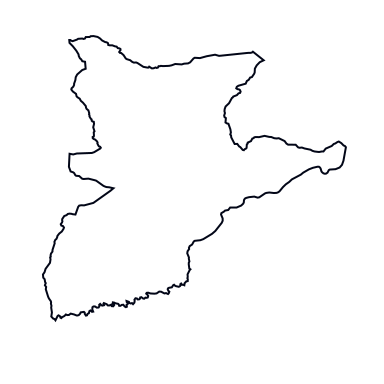 Nova Lacerda, Mato Grosso, Brazil, rotated 279°
{"feature_id": "56859067B39265464568289", "entity_name": "Nova Lacerda", "entity_type": "district", "adm_level": 2, "iso_a3": "BRA", "parent_name": "Brazil", "parent_adm1": "Mato Grosso", "projection": "natural_earth1", "projection_center": [-59.772, -14.4], "detail": "fine", "context": "isolated", "style": "outline", "palette": "ink", "viewbox_px": 384, "rotation_deg": 279, "n_neighbors": 0, "source": "geoboundaries", "source_scale": "gbopen_adm2", "svg_char_len": 5843}
<svg xmlns="http://www.w3.org/2000/svg" viewBox="0 0 384 384"><g transform="rotate(279 192 192)"><path d="M322.9,47.0L320.1,47.7L317.3,51.5L313.5,55.6L310.2,58.4L308.6,58.9L306.5,60.4L305.7,61.8L304.0,63.2L303.9,66.0L297.1,67.7L295.3,64.5L290.1,60.2L287.2,59.2L284.3,59.3L280.5,58.6L279.3,58.8L277.5,58.3L275.5,56.8L274.3,56.8L272.6,58.6L270.8,62.1L268.5,63.0L267.7,64.0L266.6,66.5L264.7,67.9L263.2,70.3L260.2,73.7L258.8,74.1L257.6,74.9L256.4,76.9L253.7,78.2L252.7,78.1L251.7,78.8L250.6,78.9L248.5,80.6L248.0,81.5L246.7,81.8L246.1,82.6L246.0,84.0L244.0,84.6L240.5,84.3L236.7,86.2L235.6,85.6L232.6,86.3L231.4,86.3L230.8,85.3L229.7,85.5L229.0,86.5L228.6,88.2L227.1,90.3L226.1,91.0L225.2,90.9L223.3,92.2L222.5,93.0L222.3,94.2L221.4,95.0L220.6,94.6L216.0,89.1L214.9,87.0L212.0,72.2L210.5,68.8L210.6,65.1L197.6,66.5L193.3,68.9L192.8,71.7L192.2,72.7L190.4,74.1L189.9,75.0L190.1,78.1L187.9,81.5L187.9,83.0L189.0,87.6L188.4,94.3L188.2,95.6L184.2,103.6L183.7,105.5L183.5,106.7L183.7,109.5L183.4,113.8L180.5,111.3L165.8,96.3L161.9,87.5L161.6,84.7L160.9,82.7L159.5,81.9L151.5,80.4L151.4,77.6L151.6,76.4L151.5,74.5L150.9,72.8L149.5,71.7L148.3,69.6L145.1,68.1L143.9,68.1L142.8,68.6L141.6,68.4L139.7,67.4L138.4,68.2L138.2,69.8L136.9,71.1L135.6,70.9L132.6,69.6L130.2,67.4L128.4,66.4L127.4,65.9L126.1,65.9L124.4,65.4L123.4,64.5L121.2,63.9L119.9,64.4L113.0,63.3L111.3,63.5L109.2,62.4L107.5,62.2L106.0,62.6L105.3,62.1L103.3,62.8L99.8,62.8L93.2,59.4L89.7,58.9L87.2,57.7L84.1,58.5L82.8,60.1L80.1,61.0L79.1,61.8L76.9,61.3L75.4,62.8L73.1,62.8L66.2,66.2L64.5,67.3L62.0,69.7L60.9,70.1L59.7,70.1L57.6,71.0L55.8,71.0L51.1,72.5L47.0,72.5L45.2,74.8L45.0,76.1L43.9,77.2L48.6,78.7L49.3,79.5L48.4,81.5L47.4,81.6L47.0,82.6L48.1,83.4L49.6,85.4L51.3,86.6L50.9,87.9L51.3,89.7L52.9,91.2L52.6,94.7L52.0,97.3L52.2,98.4L52.7,99.4L54.2,100.5L55.7,100.9L56.7,104.0L56.1,104.9L54.9,105.1L53.3,106.6L53.8,107.6L55.3,107.9L56.1,109.1L58.3,109.3L59.1,110.2L58.0,112.0L58.4,113.1L60.4,111.9L62.6,111.7L63.5,112.5L63.8,114.0L62.9,116.1L63.3,117.8L64.6,118.4L66.1,118.0L67.1,118.8L65.9,120.3L65.8,121.4L66.4,122.8L67.7,122.0L68.5,122.3L67.8,125.4L66.8,126.5L67.0,128.1L68.4,130.3L66.7,130.6L66.8,132.1L68.1,132.8L69.2,132.3L69.1,131.2L70.6,131.1L70.6,132.4L70.1,133.9L70.0,136.5L69.4,137.3L68.2,137.9L68.4,139.1L69.5,140.3L69.9,141.8L68.4,143.4L67.9,144.7L68.5,145.6L70.2,145.0L71.1,145.9L71.9,146.2L73.2,144.7L74.1,144.4L73.6,146.9L72.6,147.4L72.3,148.9L72.9,150.1L72.0,151.3L73.7,152.4L75.6,152.4L76.6,152.0L78.2,152.8L78.2,154.3L77.4,155.1L77.7,156.6L78.5,157.3L79.7,157.3L80.2,158.4L79.1,160.5L79.2,161.6L80.4,162.5L80.4,163.8L80.9,164.8L82.5,165.0L83.6,164.0L84.4,162.7L85.3,163.0L85.7,164.4L85.3,166.8L85.7,170.8L86.3,172.9L88.5,175.2L88.7,177.1L87.5,180.6L88.1,182.2L87.5,184.3L88.4,184.9L90.0,185.2L90.7,184.1L92.2,183.2L93.1,183.4L93.8,184.3L94.7,187.0L97.0,188.0L97.6,188.8L96.9,189.7L96.5,190.8L96.3,193.8L97.2,194.9L98.0,195.2L99.1,194.9L99.9,195.6L98.8,196.7L99.0,197.8L98.7,199.0L100.8,199.0L102.9,200.4L103.3,201.7L105.3,201.5L106.2,200.9L107.3,201.1L110.0,200.5L114.5,201.9L115.4,202.5L116.0,201.3L120.1,200.1L121.7,199.9L123.0,200.3L125.6,199.3L126.9,199.2L130.7,196.9L132.8,196.9L135.2,198.1L136.4,197.7L138.2,198.2L140.1,200.3L143.4,201.5L144.2,202.3L145.7,207.8L147.2,210.5L153.8,218.3L157.1,221.1L166.2,226.2L168.4,226.8L170.7,226.4L174.3,224.2L175.7,224.3L177.6,226.6L178.8,227.5L179.9,230.6L182.6,232.1L183.6,238.4L186.3,242.7L188.5,244.4L189.8,244.8L192.1,244.6L193.2,245.0L194.1,245.6L194.7,246.6L195.8,249.1L197.2,254.2L196.7,257.7L197.3,259.3L202.1,264.4L202.7,265.5L203.6,268.4L203.8,273.0L204.4,275.8L205.3,277.3L206.5,278.4L211.1,281.1L214.3,283.5L217.1,286.4L220.1,288.7L226.2,296.8L228.5,298.8L232.7,304.0L234.8,307.6L236.6,312.0L236.8,313.4L236.3,314.4L235.4,315.3L232.5,316.7L231.8,317.5L231.0,318.9L230.8,320.3L231.1,321.5L232.3,322.8L235.0,323.7L235.7,324.5L237.0,330.2L239.3,334.0L242.3,335.9L246.6,336.7L260.3,337.0L261.3,335.9L261.7,334.4L263.6,331.9L264.8,329.1L264.1,327.8L262.4,326.0L261.6,324.5L259.3,322.8L255.8,317.3L252.6,315.5L252.4,314.1L251.4,311.3L251.3,309.8L251.2,306.7L251.5,304.5L252.3,302.5L252.6,296.3L253.1,293.6L252.5,291.2L252.7,289.8L254.9,287.0L253.8,279.5L254.6,277.7L256.8,275.5L258.7,269.3L258.1,267.1L258.0,264.8L258.7,261.7L258.5,259.6L258.8,254.9L256.7,249.7L256.2,246.0L255.7,244.9L254.8,244.4L254.2,243.2L251.5,242.3L249.5,239.3L248.5,239.4L247.6,238.7L244.1,239.0L243.2,238.4L242.5,237.3L241.4,236.7L241.5,235.5L243.9,232.7L244.4,231.4L246.6,229.2L246.1,226.6L252.1,222.2L254.0,221.7L254.7,220.8L256.9,221.1L259.9,220.1L264.2,217.8L265.1,217.3L265.2,215.8L265.9,214.2L270.3,213.9L271.1,212.4L272.6,211.8L275.1,212.2L276.9,211.4L279.0,211.3L281.7,211.8L285.5,214.7L291.1,216.7L291.8,217.5L292.7,217.8L294.7,221.2L296.7,222.5L297.4,224.0L298.8,224.3L300.3,223.3L300.7,222.3L300.7,220.8L301.3,219.5L302.9,219.8L304.2,221.2L307.4,228.1L310.2,228.8L311.7,230.5L314.1,231.5L314.9,233.2L318.5,234.9L319.9,235.2L323.7,234.8L327.2,236.1L330.8,238.6L333.3,242.2L340.1,230.2L339.2,229.5L338.6,228.1L338.1,225.3L331.1,199.0L330.7,197.4L331.2,193.3L328.4,185.3L325.5,178.9L325.0,173.7L324.1,172.6L319.8,169.9L318.4,168.0L317.5,164.1L316.4,161.9L315.8,155.4L313.9,152.0L313.0,149.6L311.8,143.6L311.7,141.5L311.2,140.6L311.0,139.3L309.6,138.9L309.0,137.7L309.3,136.5L308.2,134.7L307.8,133.0L309.1,130.1L308.1,129.6L307.9,128.5L308.0,124.4L310.9,117.9L311.2,116.5L310.7,114.4L311.1,112.7L312.5,110.3L313.0,106.9L313.5,105.7L316.5,103.0L318.2,100.3L318.1,99.2L318.9,98.2L321.1,99.2L322.1,98.9L322.5,97.8L322.5,96.2L323.8,94.8L323.8,93.2L324.4,90.4L324.0,87.7L324.1,86.3L325.8,85.8L326.5,84.3L326.5,82.8L327.6,79.5L329.3,77.1L330.4,74.5L330.6,70.3L330.0,67.5L329.1,66.7L328.4,62.8L326.9,62.3L326.2,61.0L326.4,59.6L325.5,55.6L324.5,54.5L322.3,50.5L322.5,49.3L323.1,48.0L322.9,47.0Z" fill="none" stroke="#020617" stroke-width="2"/></g></svg>